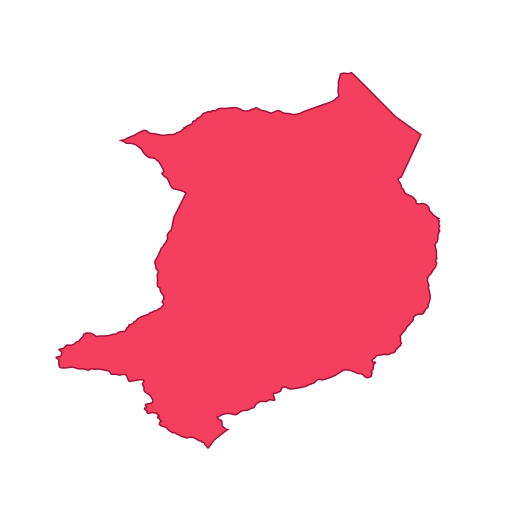 the district of Chambo, Chimborazo, Ecuador, rotated 280°
{"feature_id": "8360857B64832470835751", "entity_name": "Chambo", "entity_type": "district", "adm_level": 2, "iso_a3": "ECU", "parent_name": "Ecuador", "parent_adm1": "Chimborazo", "projection": "equal_earth", "projection_center": [-78.546, -1.744], "detail": "fine", "context": "isolated", "style": "filled", "palette": "rose", "viewbox_px": 512, "rotation_deg": 280, "n_neighbors": 0, "source": "geoboundaries", "source_scale": "gbopen_adm2", "svg_char_len": 6048}
<svg xmlns="http://www.w3.org/2000/svg" viewBox="0 0 512 512"><g transform="rotate(280 256 256)"><path d="M406.9,278.6L403.8,274.1L401.9,269.4L401.8,267.2L402.0,264.1L401.5,259.4L401.7,257.7L402.9,254.5L403.0,253.3L402.6,251.3L399.5,246.6L399.3,245.3L400.3,240.7L400.3,236.3L400.5,235.3L401.9,231.5L401.9,230.1L400.3,228.0L399.6,226.0L397.8,223.7L396.9,220.7L396.9,217.8L397.9,214.9L398.5,211.9L398.6,210.5L398.4,208.8L396.0,200.3L395.1,194.9L394.2,192.8L392.1,191.0L391.7,188.2L391.4,187.4L390.1,186.4L389.9,183.9L388.2,181.3L387.5,179.6L383.4,177.1L381.3,174.3L378.5,172.6L378.2,171.3L377.5,170.6L375.1,170.1L372.5,166.5L372.2,165.7L371.0,164.5L369.7,164.0L369.9,162.8L368.2,162.4L365.7,160.0L364.9,159.1L363.8,156.9L361.3,153.7L360.9,152.9L360.8,150.4L359.0,144.8L358.5,142.2L358.8,135.5L358.5,130.4L358.9,129.1L360.3,126.6L360.4,123.9L359.1,122.2L357.6,119.7L354.2,115.8L350.1,109.4L348.0,106.9L346.3,103.0L345.9,105.7L344.6,108.5L344.6,109.7L345.2,112.9L345.0,116.8L344.6,118.5L341.3,124.8L338.1,127.3L335.1,131.7L334.4,134.2L334.6,137.6L334.4,139.8L334.0,140.7L333.6,141.2L332.9,141.5L332.6,142.9L331.7,144.2L326.2,148.9L323.1,150.6L321.2,149.1L320.7,149.1L318.4,152.0L317.6,154.2L317.0,155.2L310.1,160.0L308.6,161.6L307.9,163.4L307.6,169.1L306.8,173.9L305.9,176.2L279.7,168.4L268.1,168.1L266.5,167.8L264.1,166.0L261.4,164.9L257.8,165.9L254.9,165.4L251.2,163.3L248.7,162.7L247.1,161.2L245.5,161.1L241.2,159.9L238.9,159.5L234.0,157.5L231.8,157.5L228.2,159.2L226.2,159.7L224.2,162.4L223.5,162.7L220.8,162.0L219.8,162.1L215.8,163.1L211.2,163.7L209.4,164.2L208.7,164.7L208.0,166.8L205.4,167.7L203.6,168.9L200.9,171.8L198.5,172.6L197.5,172.6L194.8,171.6L194.1,171.8L193.1,173.1L191.6,173.5L190.4,172.4L187.9,171.0L186.8,169.0L185.6,168.5L184.6,166.6L184.2,165.3L182.6,163.6L182.1,162.0L179.6,159.7L175.8,152.9L174.1,150.9L172.9,150.0L171.3,149.2L169.9,147.1L168.4,146.7L166.8,144.7L166.1,143.0L165.3,142.7L164.7,142.9L163.6,142.3L162.8,141.2L160.0,140.6L159.0,139.8L158.2,136.1L156.6,133.4L154.6,131.3L153.9,127.9L153.1,127.1L151.8,124.0L150.6,119.2L150.0,115.6L149.2,113.3L149.3,112.1L151.0,108.6L151.2,105.9L150.8,102.5L149.0,99.9L146.2,99.5L144.0,97.5L141.6,96.7L139.8,93.6L137.5,92.0L136.1,90.0L135.5,85.2L132.0,82.7L131.2,81.5L129.8,78.2L129.1,78.8L128.0,81.1L127.3,81.4L125.1,81.5L123.3,80.8L121.6,76.8L121.0,77.0L119.7,79.6L117.9,80.2L114.9,80.7L112.8,81.7L112.5,82.0L112.0,83.8L112.6,87.6L114.7,94.6L114.7,95.9L114.0,100.7L115.0,106.7L114.3,109.9L114.5,111.2L116.5,113.0L116.4,117.2L117.2,119.7L117.4,121.9L117.2,131.0L116.8,131.8L114.5,133.9L114.6,135.4L115.2,138.0L115.0,142.1L115.3,143.3L116.2,145.2L116.6,148.2L115.5,149.5L111.2,152.1L110.8,152.5L110.5,153.4L113.7,162.1L114.2,164.8L114.2,167.0L113.3,167.3L110.2,166.3L107.2,168.5L104.9,168.8L103.9,169.3L103.1,169.9L100.3,176.0L98.1,178.0L97.1,178.6L96.9,179.1L95.2,179.7L94.2,179.6L93.1,178.5L92.2,177.1L91.8,175.6L90.8,173.3L90.2,173.0L89.8,173.0L88.4,174.4L87.7,174.4L87.2,173.8L86.9,172.8L85.8,172.8L84.3,175.8L83.7,176.2L83.1,175.8L82.6,176.0L82.1,176.7L83.9,181.1L83.8,182.9L84.0,185.0L83.6,185.6L82.6,186.4L82.5,187.6L82.1,188.3L81.7,188.4L80.8,187.3L79.5,187.3L79.1,188.9L77.5,190.3L77.3,191.3L76.9,191.8L76.0,190.6L74.8,189.9L73.4,190.0L72.4,191.7L72.1,193.5L72.1,194.7L71.6,197.3L71.1,198.2L70.5,198.5L68.4,201.9L68.2,203.3L67.4,204.2L67.4,204.6L68.0,206.4L66.8,209.2L66.3,211.4L65.5,213.5L64.8,219.2L65.0,220.0L65.9,221.9L66.2,223.4L66.3,225.2L66.1,227.1L64.6,230.9L64.2,232.5L64.3,234.2L63.5,234.7L63.1,235.3L63.5,237.5L61.4,238.4L60.4,240.1L58.8,241.5L58.8,242.5L67.3,246.6L78.5,256.5L80.1,258.4L80.3,256.3L82.4,252.7L83.8,251.8L85.0,251.7L87.7,250.9L88.0,250.6L88.5,248.1L90.3,245.8L94.4,251.0L95.5,253.7L96.3,257.4L96.0,262.5L96.6,264.5L100.4,268.1L101.4,269.8L102.8,274.6L104.8,277.4L106.3,280.2L110.2,281.8L113.4,285.2L114.0,288.1L114.3,291.1L117.0,294.6L116.9,298.5L117.2,299.2L117.9,299.4L121.6,297.5L123.7,297.2L124.1,297.8L124.8,300.3L127.2,303.6L130.8,304.5L131.3,305.1L132.0,306.7L131.9,308.0L131.0,312.0L131.1,313.7L134.1,322.6L136.4,327.8L138.3,330.3L141.1,335.2L144.5,337.7L145.6,339.7L145.4,342.9L149.1,350.0L151.9,354.3L156.5,359.5L157.7,360.5L159.2,363.1L159.7,365.4L159.8,367.9L159.7,369.3L158.0,377.1L158.3,380.3L157.6,382.1L156.1,384.0L155.4,386.0L155.9,388.2L157.6,390.5L158.7,390.2L161.2,390.6L162.3,389.7L164.5,390.9L169.7,390.7L171.8,392.2L172.2,391.8L171.7,390.2L172.0,389.1L173.5,388.6L174.5,388.7L175.6,390.2L178.6,392.0L179.6,393.6L180.3,396.8L181.4,398.8L181.6,399.6L181.5,402.0L181.8,403.3L182.4,404.4L183.8,405.9L184.6,408.3L185.3,409.0L185.9,409.5L187.4,409.8L190.8,412.0L192.6,413.6L193.4,413.9L195.7,414.2L197.6,412.9L199.3,412.9L202.2,411.9L207.0,414.4L208.6,415.6L213.1,417.3L215.2,419.1L217.1,419.8L219.1,421.5L220.0,421.8L222.7,421.8L224.3,422.4L226.3,424.6L227.2,426.6L227.4,429.0L228.0,430.3L230.3,431.5L233.4,432.4L234.9,434.0L236.7,434.3L238.0,433.6L239.0,434.3L240.2,434.6L244.6,434.9L248.3,434.1L249.2,433.5L250.3,433.3L254.4,431.4L255.5,431.2L257.0,431.5L260.4,429.5L262.4,428.9L264.2,428.9L266.7,429.8L269.1,431.4L272.3,432.6L276.2,434.6L279.8,435.2L280.9,435.0L282.4,433.7L285.1,434.5L287.0,433.7L291.4,433.0L298.1,430.3L299.8,430.8L301.0,431.8L304.1,432.2L308.5,431.5L310.3,432.1L311.1,431.8L312.1,432.5L313.1,432.4L314.2,431.3L317.8,431.6L318.7,430.6L319.3,430.4L321.7,430.4L322.3,430.7L323.0,429.2L323.5,428.9L324.0,428.9L324.5,429.6L326.2,425.5L327.9,422.5L328.8,421.8L330.4,419.4L331.2,418.8L333.6,417.9L335.3,416.1L336.4,413.5L336.8,411.1L335.6,407.8L335.4,405.1L335.7,404.7L338.6,403.7L340.9,400.8L341.7,399.2L342.2,396.6L342.9,394.9L343.1,393.5L344.1,391.4L346.9,389.8L348.5,387.6L352.7,385.5L355.0,383.2L355.8,382.7L356.4,382.7L357.3,383.1L359.1,385.3L363.5,386.6L404.1,397.3L417.5,369.1L441.9,334.6L453.2,318.3L451.6,315.5L451.4,313.9L451.5,312.1L451.2,310.2L450.1,307.8L449.3,307.4L446.1,307.4L442.4,306.8L438.4,307.6L433.5,308.0L430.5,308.8L428.6,309.6L427.4,309.8L425.5,307.8L423.8,306.6L421.8,304.5L420.6,302.8L419.1,300.4L417.1,296.4L406.9,278.6Z" fill="#f43f5e" stroke="#9f1239" stroke-width="1.5"/></g></svg>